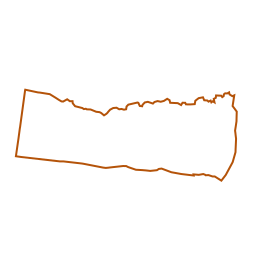 outline of Hatillo, Puerto Rico, rotated 95°
{"feature_id": "32010507B41053706339825", "entity_name": "Hatillo", "entity_type": "district", "adm_level": 2, "iso_a3": "PRI", "parent_name": "Puerto Rico", "parent_adm1": "", "projection": "orthographic", "projection_center": [-66.807, 18.407], "detail": "fine", "context": "isolated", "style": "outline", "palette": "amber", "viewbox_px": 256, "rotation_deg": 95, "n_neighbors": 0, "source": "geoboundaries", "source_scale": "gbopen_adm2", "svg_char_len": 1697}
<svg xmlns="http://www.w3.org/2000/svg" viewBox="0 0 256 256"><g transform="rotate(95 128 128)"><path d="M166.2,231.7L167.2,193.2L166.9,189.5L167.4,170.8L167.5,169.4L169.6,149.4L169.7,146.6L169.1,143.4L169.0,143.1L166.3,129.6L166.1,126.4L166.9,124.5L168.9,116.5L168.7,110.1L168.7,106.0L168.8,102.1L167.5,95.5L166.1,93.7L165.5,91.0L168.3,80.9L168.6,77.4L169.2,71.0L169.6,58.4L168.5,58.7L168.5,53.4L167.3,49.0L167.9,47.0L168.3,46.5L167.9,43.7L168.9,39.6L168.7,37.4L172.3,30.4L167.0,27.0L166.2,26.5L153.0,20.8L151.6,20.5L145.9,19.4L142.7,18.8L139.0,19.0L138.6,19.0L129.3,19.4L126.5,20.0L123.5,20.6L121.3,21.1L117.0,20.8L111.9,20.5L107.4,20.8L102.2,21.1L100.7,22.4L97.0,25.7L86.2,25.0L87.2,26.8L85.7,29.8L83.7,30.4L84.9,32.1L85.0,34.1L85.1,34.4L86.1,35.4L87.9,35.5L89.0,36.8L87.7,37.9L87.9,43.1L90.3,43.2L91.5,45.1L94.9,44.1L94.0,45.9L95.2,47.2L93.5,48.1L94.7,50.1L93.7,51.3L93.7,54.5L90.9,56.0L92.1,60.2L95.0,63.3L98.4,63.6L99.0,67.5L99.4,72.3L97.9,73.2L98.1,75.9L100.5,77.1L98.9,80.6L99.0,82.7L99.2,88.2L96.7,89.0L95.5,91.5L97.9,94.6L99.0,97.7L98.6,100.9L99.8,103.9L101.5,105.3L100.2,110.5L101.1,113.5L103.6,115.5L105.1,115.8L105.0,118.2L102.0,119.9L101.8,120.8L104.7,129.7L106.7,131.3L109.5,131.5L110.1,133.6L109.6,136.1L110.1,138.4L108.8,141.2L109.4,144.5L111.3,147.4L113.4,149.0L114.8,149.9L115.8,150.8L117.5,153.0L115.4,156.0L114.7,157.7L114.6,161.1L112.8,166.9L113.0,170.7L112.5,171.7L113.0,173.6L112.1,175.2L110.9,182.6L108.2,185.2L106.1,185.6L106.4,188.2L104.7,191.1L107.3,194.9L107.3,196.6L106.0,199.3L104.1,202.9L101.1,208.9L100.4,218.9L100.4,220.8L98.8,233.7L99.4,233.8L136.5,235.6L137.4,235.7L148.2,236.2L165.9,237.2L166.2,231.7Z" fill="none" stroke="#b45309" stroke-width="2"/></g></svg>